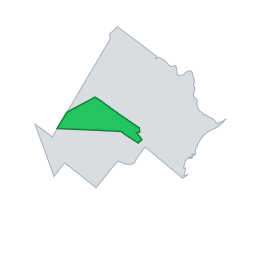 Ouadane, Adrar, Mauritania (highlighted), rotated 218°
{"feature_id": "47542326B44927668035814", "entity_name": "Ouadane", "entity_type": "district", "adm_level": 2, "iso_a3": "MRT", "parent_name": "Mauritania", "parent_adm1": "Adrar", "projection": "orthographic", "projection_center": [-9.881, 22.386], "detail": "fine", "context": "in_parent", "style": "filled", "palette": "green", "viewbox_px": 256, "rotation_deg": 218, "n_neighbors": 0, "source": "geoboundaries", "source_scale": "gbopen_adm2", "svg_char_len": 3859}
<svg xmlns="http://www.w3.org/2000/svg" viewBox="0 0 256 256"><g transform="rotate(218 128 128)"><path d="M111.1,211.0L110.8,210.9L109.4,209.9L108.8,208.7L107.7,207.9L106.2,207.3L105.2,206.6L104.8,205.8L104.2,205.3L103.7,205.1L103.6,204.8L103.7,204.5L103.6,203.8L102.8,202.3L101.9,201.5L101.2,201.6L100.9,201.5L100.6,201.1L100.5,200.6L100.1,200.2L99.2,200.0L98.6,198.9L98.1,196.8L97.5,195.2L96.7,194.0L96.1,193.6L95.7,193.5L95.6,193.3L95.5,193.0L94.9,192.9L94.0,193.2L93.2,193.1L92.8,192.5L92.3,192.4L91.6,192.9L90.8,192.7L90.0,192.0L89.6,191.2L89.5,190.5L88.1,189.0L85.4,186.8L82.4,185.7L79.2,185.7L77.4,185.6L77.0,185.2L76.6,185.2L76.2,185.6L75.8,185.7L75.3,185.4L75.0,185.6L74.9,186.1L73.7,186.4L71.6,186.3L69.8,186.6L68.5,187.2L66.6,187.4L64.1,187.2L62.7,186.9L62.2,186.5L61.5,186.4L60.6,186.6L59.7,187.6L58.9,189.5L58.3,190.5L57.8,190.8L57.3,192.2L56.9,194.6L56.5,195.6L56.7,189.6L57.4,187.4L57.7,185.5L59.4,181.2L61.3,177.7L63.0,173.1L63.8,168.5L63.8,164.1L63.4,160.1L62.7,157.4L62.0,153.5L60.9,151.5L58.8,149.6L58.4,148.6L58.9,148.2L60.2,148.0L61.1,146.7L59.3,147.1L61.5,143.0L62.3,140.2L62.2,138.3L62.7,137.1L61.2,134.6L60.1,131.3L59.5,130.8L58.9,130.5L58.8,131.3L58.5,131.9L57.7,131.5L56.5,129.1L54.8,125.3L54.2,124.9L53.6,125.3L53.3,125.8L52.5,128.9L52.4,127.7L52.7,126.2L53.2,124.4L53.9,122.0L55.5,122.0L58.3,122.2L64.0,122.4L66.9,122.5L72.6,122.7L75.4,122.8L81.1,123.0L84.0,123.1L89.7,123.3L92.6,123.3L98.3,123.5L101.1,123.5L103.0,123.6L102.9,121.8L102.9,120.4L102.8,118.5L102.7,116.6L102.6,114.7L102.6,112.9L102.5,111.1L102.4,109.5L102.4,108.0L102.2,107.1L101.7,105.3L101.6,104.5L101.7,103.6L102.2,102.7L103.3,101.2L105.0,100.0L106.9,98.7L108.4,97.7L109.2,97.4L111.5,97.1L113.3,96.3L115.1,95.6L115.8,95.2L115.9,93.7L116.4,61.3L125.0,61.4L127.2,61.4L143.0,61.5L145.2,61.5L156.6,61.4L156.6,59.9L156.6,57.7L156.6,54.7L156.5,51.7L156.5,46.4L156.5,44.1L158.7,45.6L163.3,48.5L165.5,50.0L170.1,52.9L174.6,55.7L179.2,58.6L181.5,60.0L183.8,61.5L186.1,62.9L188.4,64.3L193.1,67.2L195.0,68.4L198.0,70.3L200.8,72.0L203.6,73.8L199.4,74.0L193.7,74.1L189.8,74.2L185.9,74.3L182.1,74.4L182.5,77.5L183.0,80.8L183.4,84.1L183.8,87.5L184.2,90.8L185.5,100.8L186.0,104.1L186.4,107.4L186.8,110.7L187.3,114.1L188.1,120.7L188.6,124.1L189.0,127.4L189.4,130.7L189.9,134.0L190.3,137.4L191.2,144.0L191.6,147.3L192.0,150.6L192.5,154.0L192.9,157.3L193.3,160.6L193.8,163.9L194.2,167.2L195.1,173.9L195.5,177.2L196.0,180.5L196.4,183.8L196.8,187.0L198.4,188.7L200.4,190.7L199.9,193.7L199.3,197.3L198.6,201.3L193.3,201.4L188.0,201.5L174.8,201.8L172.2,201.9L159.0,202.0L156.4,202.0L151.3,202.1L149.8,202.0L149.2,201.7L149.0,199.7L148.6,199.8L148.1,200.4L147.8,201.0L147.9,201.9L147.8,202.6L146.1,202.9L143.8,203.3L141.4,203.7L139.0,203.6L138.1,203.4L137.3,203.1L135.3,202.8L134.3,202.8L133.1,202.9L131.6,203.0L131.2,203.4L130.1,204.9L129.0,206.6L128.4,206.6L127.6,205.7L125.5,203.8L123.0,201.4L121.8,200.3L121.2,200.1L120.0,200.9L119.0,201.7L117.9,202.9L117.4,204.0L117.0,205.3L116.8,206.8L116.4,208.6L115.5,210.0L114.4,211.1L113.6,211.6L113.3,211.9L111.1,211.0ZM60.3,144.0L59.5,145.3L59.2,144.8L59.1,143.9L59.8,142.7L60.2,142.1L60.8,141.9L60.3,144.0Z" fill="#d9dde1" stroke="#a8b0b8" stroke-width="1"/><path d="M109.9,127.5L111.9,128.0L116.3,129.0L118.6,129.5L116.2,131.8L117.7,133.5L118.6,134.4L119.3,135.1L127.1,134.4L129.1,134.5L131.8,134.1L134.4,134.1L136.0,133.9L137.4,133.8L140.7,133.6L142.8,133.4L144.1,133.4L145.1,133.4L148.0,133.4L148.7,133.2L149.7,133.2L152.6,133.0L153.9,133.0L156.0,133.1L158.5,132.9L159.7,132.8L162.2,132.8L163.7,132.8L166.8,132.8L167.1,132.4L169.4,132.4L173.1,132.0L174.1,129.4L185.9,102.8L183.6,84.0L177.9,88.0L167.3,95.5L164.3,97.7L157.3,102.7L152.2,106.3L150.3,107.7L141.3,114.0L136.7,117.3L132.6,120.0L131.3,121.0L126.6,121.0L110.7,122.4L110.5,124.3L110.0,125.4L109.9,126.6L109.9,127.5Z" fill="#22c55e" stroke="#15803d" stroke-width="1.5"/></g></svg>